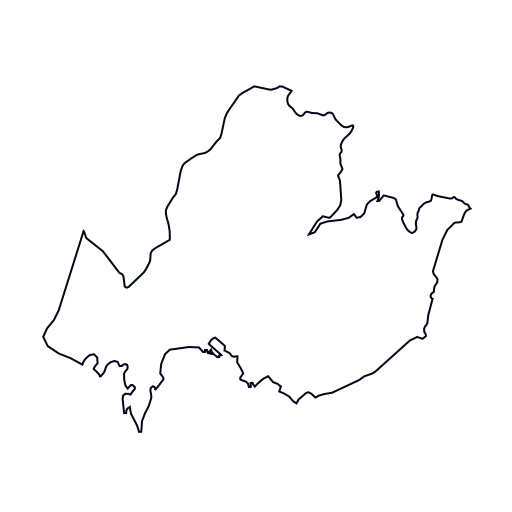 the Province of Guanacaste, rotated 267°
{"feature_id": "CRI-1334", "entity_name": "Guanacaste", "entity_type": "Province", "adm_level": 1, "iso_a3": "CRI", "parent_name": "Costa Rica", "parent_adm1": "", "projection": "albers", "projection_center": [-85.354, 10.467], "detail": "fine", "context": "isolated", "style": "outline", "palette": "ink", "viewbox_px": 512, "rotation_deg": 267, "n_neighbors": 0, "source": "natural_earth", "source_scale": "10m", "svg_char_len": 5410}
<svg xmlns="http://www.w3.org/2000/svg" viewBox="0 0 512 512"><g transform="rotate(267 256 256)"><path d="M186.4,39.3L194.6,43.5L202.7,50.9L212.0,56.1L240.9,66.9L279.6,81.3L289.9,85.1L289.2,85.7L287.1,86.2L285.3,86.8L284.2,86.9L283.4,87.2L282.4,87.9L268.7,103.4L246.2,118.8L245.6,120.1L244.8,121.5L242.2,122.6L232.4,123.3L231.4,124.6L231.2,125.3L231.3,126.0L231.9,127.3L232.3,127.8L245.3,142.9L248.5,145.4L255.5,149.5L257.3,150.1L263.7,150.9L264.5,151.2L265.2,151.5L265.8,151.9L267.1,152.8L269.6,156.7L276.7,170.8L285.2,171.1L292.7,170.3L299.0,168.8L302.5,168.3L304.4,168.3L306.2,168.4L307.9,169.1L310.1,170.2L318.6,176.1L320.8,178.1L322.5,179.4L327.0,180.9L342.2,184.6L345.4,185.5L349.3,187.1L351.1,188.3L352.9,190.2L357.0,196.7L360.3,202.6L361.6,210.5L362.5,212.5L364.1,215.0L365.0,216.1L372.7,222.9L375.8,226.4L379.8,227.9L395.5,232.1L400.7,234.7L417.1,247.3L419.3,250.7L425.5,263.2L421.2,279.3L422.3,284.7L423.1,286.7L423.5,287.3L424.2,288.5L423.7,291.4L419.1,300.2L414.6,296.6L413.4,296.0L411.7,295.5L410.3,295.4L408.1,295.5L406.9,295.8L405.9,296.1L404.2,297.2L401.8,299.9L400.7,300.8L398.1,302.2L396.4,303.4L395.1,304.7L394.3,305.8L393.8,306.8L393.6,307.7L393.6,308.6L393.8,309.3L394.1,310.0L394.5,310.5L396.7,312.5L397.0,313.1L397.3,313.8L397.4,314.6L397.2,315.4L395.9,319.3L395.3,324.9L395.0,325.7L393.2,329.4L393.0,330.4L392.9,331.2L393.2,331.9L393.5,332.6L393.8,333.2L394.8,334.2L395.2,335.1L395.4,336.2L395.2,338.3L394.7,339.3L394.1,340.0L388.6,342.4L387.4,343.3L382.2,347.9L380.9,349.5L380.1,350.8L379.9,352.6L379.8,353.5L380.1,355.2L381.2,358.3L381.4,359.4L380.9,359.9L380.2,359.9L379.5,359.8L378.7,359.5L376.1,358.1L373.8,356.3L372.7,355.3L369.2,350.9L367.1,349.0L366.5,348.6L363.9,347.1L362.4,346.6L361.6,346.4L360.7,346.4L359.5,346.5L358.1,347.0L357.6,347.1L356.9,347.1L356.1,346.9L355.5,346.7L354.9,346.2L353.8,345.3L353.2,345.0L352.4,344.9L351.6,344.9L350.0,345.2L348.2,345.4L347.3,345.3L346.4,345.2L344.0,345.1L338.3,346.9L338.2,346.9L337.0,346.0L335.9,345.5L332.1,342.1L326.9,343.8L307.5,344.1L302.3,342.8L297.7,339.5L290.5,332.0L290.5,330.2L292.2,324.8L287.2,318.7L274.8,310.0L276.6,315.9L284.9,322.0L286.8,329.2L287.6,342.7L289.3,350.6L292.7,356.0L288.9,358.5L289.5,362.5L292.9,366.3L301.6,369.4L304.8,372.8L308.6,380.1L310.4,380.1L312.7,379.2L313.7,379.9L314.1,381.9L311.6,382.1L309.0,381.8L306.6,381.1L304.5,380.1L304.5,381.9L309.8,386.7L306.9,396.2L305.3,398.6L299.0,400.1L297.5,400.7L290.1,405.0L288.8,405.4L288.2,405.1L287.6,404.6L287.2,404.1L286.7,403.7L284.7,403.8L281.7,404.8L274.6,408.2L272.0,410.7L270.8,412.9L271.3,414.6L272.3,415.9L273.4,416.9L274.6,417.5L275.8,417.7L278.5,417.4L279.4,417.3L280.3,417.4L282.8,417.8L283.5,418.2L284.8,418.9L285.5,419.2L286.3,419.4L289.0,419.3L290.7,419.7L292.6,420.8L294.8,421.5L295.5,421.9L296.0,422.4L297.2,424.1L298.8,425.5L299.6,426.7L299.9,427.4L300.3,428.1L300.9,429.4L301.1,431.2L301.6,432.8L301.9,433.4L302.5,433.8L303.3,434.1L307.5,435.1L308.0,435.6L308.2,436.4L307.3,438.1L306.2,441.1L303.3,452.3L303.2,454.1L303.6,455.3L304.4,456.3L304.5,456.9L304.3,457.5L302.6,458.8L302.1,459.7L301.4,461.0L300.6,463.5L300.0,464.7L299.3,465.5L298.6,466.0L297.7,466.7L295.9,470.5L295.2,471.0L294.6,471.1L292.9,471.9L292.1,472.7L290.6,469.1L289.4,467.7L286.7,466.0L279.5,463.0L278.9,460.7L279.0,458.1L278.8,456.0L272.0,448.4L262.4,443.0L231.5,431.9L228.7,432.5L224.6,435.4L222.8,436.1L220.0,435.5L216.1,432.6L212.9,431.9L211.1,431.8L210.5,431.3L210.1,430.4L209.0,429.1L207.0,428.2L205.3,428.6L204.2,429.5L204.0,430.1L187.8,424.9L180.0,423.6L178.2,422.5L176.7,421.1L174.4,420.0L171.2,420.1L169.1,421.4L167.2,421.5L164.6,418.1L166.7,412.7L163.6,405.3L134.2,369.0L132.5,365.8L130.2,357.9L126.7,352.4L115.5,324.9L114.5,316.6L113.3,311.6L111.6,307.9L115.6,304.0L117.2,301.2L116.6,298.9L110.5,291.0L106.7,288.7L108.8,285.8L113.8,281.8L117.2,276.9L119.5,272.1L124.4,274.0L127.1,270.9L129.2,266.4L135.3,261.8L132.9,256.6L128.6,251.1L125.6,248.0L127.4,246.8L128.2,246.3L129.5,246.0L129.5,244.0L125.6,244.0L125.6,242.0L128.9,241.4L131.0,239.4L133.4,233.9L135.4,233.9L139.4,237.1L145.0,234.8L150.8,231.6L155.2,232.1L156.9,232.1L156.6,228.3L157.6,226.4L159.2,225.4L160.7,224.1L163.3,219.6L164.4,219.8L167.9,220.2L176.6,211.1L175.9,208.7L174.4,206.8L170.7,204.2L158.9,216.2L158.6,215.2L158.7,214.3L158.4,213.9L157.0,214.0L157.0,212.2L160.3,208.5L162.3,207.0L164.8,206.2L162.9,204.2L162.6,204.5L162.2,205.0L161.6,205.7L160.7,206.2L161.4,203.8L161.6,202.9L164.8,202.0L164.8,200.2L162.9,200.2L162.9,198.1L167.7,194.2L168.6,184.3L167.0,165.1L162.7,160.0L153.2,155.7L143.7,154.2L139.4,157.1L137.7,157.1L129.8,150.5L127.5,148.0L128.9,148.5L130.6,147.7L131.3,146.1L129.7,144.0L127.6,143.5L122.0,144.1L119.7,144.0L111.3,140.8L104.7,136.9L97.2,133.6L86.5,132.2L86.5,130.0L92.9,128.4L105.1,122.9L111.9,122.1L110.8,120.3L110.0,119.2L108.6,118.5L106.0,118.1L106.0,116.1L120.2,115.3L123.8,116.1L125.3,118.4L125.0,121.0L124.2,123.2L124.8,124.1L126.0,124.7L129.7,128.1L131.5,128.1L133.6,125.9L133.6,124.1L130.3,120.9L133.5,118.8L139.6,117.9L145.3,118.1L147.3,119.1L149.9,121.6L152.2,122.1L154.1,121.5L154.9,119.8L154.5,117.8L153.2,116.2L153.2,114.0L157.4,112.4L158.6,109.2L157.6,105.4L155.3,102.0L153.2,100.5L148.4,98.5L146.4,97.1L143.9,94.5L143.9,93.8L145.4,93.5L147.3,92.1L151.7,88.0L154.3,89.4L157.2,92.2L163.0,92.1L166.4,88.9L165.7,84.7L162.6,80.6L159.1,78.0L156.6,76.9L163.6,65.6L168.8,54.2L176.9,43.3L186.4,39.3Z" fill="none" stroke="#020617" stroke-width="2"/></g></svg>